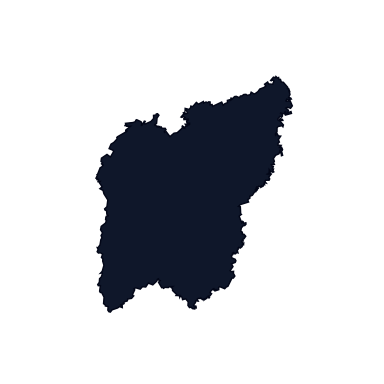 outline of Rangpur, Rangpur, Bangladesh, rotated 230°
{"feature_id": "16705992B34260815515495", "entity_name": "Rangpur", "entity_type": "district", "adm_level": 2, "iso_a3": "BGD", "parent_name": "Bangladesh", "parent_adm1": "Rangpur", "projection": "equal_earth", "projection_center": [89.232, 25.633], "detail": "fine", "context": "isolated", "style": "filled", "palette": "ink", "viewbox_px": 384, "rotation_deg": 230, "n_neighbors": 0, "source": "geoboundaries", "source_scale": "gbopen_adm2", "svg_char_len": 6104}
<svg xmlns="http://www.w3.org/2000/svg" viewBox="0 0 384 384"><g transform="rotate(230 192 192)"><path d="M207.0,331.7L208.9,332.4L209.9,331.5L210.6,332.6L217.3,332.5L218.8,331.1L221.4,332.1L222.2,331.0L224.0,331.9L224.2,330.8L226.5,330.5L225.9,329.5L227.6,328.2L226.9,324.0L226.3,324.2L226.0,325.7L224.5,326.3L222.6,323.1L225.6,320.1L227.6,320.6L227.9,316.9L225.7,316.7L225.8,314.4L227.3,310.1L226.5,307.1L226.7,304.1L227.1,302.6L230.4,301.5L229.1,299.1L230.6,296.4L232.1,296.1L233.4,294.3L233.5,292.0L234.4,290.8L233.8,288.9L236.8,287.4L237.7,286.0L237.5,282.9L238.8,282.3L238.2,281.3L237.4,281.7L237.6,279.9L238.5,280.0L239.4,278.0L237.6,276.6L238.5,274.0L238.4,271.7L241.8,272.5L244.3,262.9L246.1,263.6L247.2,261.9L249.3,263.7L250.3,262.8L250.5,261.2L251.9,260.6L252.6,258.1L254.0,258.8L255.1,253.4L257.8,252.9L256.9,247.5L258.5,246.3L257.5,245.2L257.1,242.9L260.4,240.5L258.5,238.8L258.2,240.2L255.2,239.3L255.6,237.9L257.9,237.2L258.1,236.3L256.4,236.5L257.0,235.2L256.5,231.8L255.7,232.2L255.2,234.0L253.5,234.6L253.4,232.8L252.6,232.4L250.3,235.9L249.5,235.4L249.9,233.5L248.4,232.7L246.3,234.4L245.3,233.5L245.6,231.6L246.3,232.9L248.2,230.4L246.4,230.2L246.1,228.0L248.7,227.1L248.2,226.3L246.0,226.8L247.2,225.6L246.9,218.7L248.6,216.0L248.6,210.7L254.7,211.0L255.3,209.2L256.2,209.7L256.4,212.1L258.0,212.4L259.9,210.0L261.6,210.2L261.7,209.2L262.9,209.4L263.4,207.8L264.4,208.2L264.7,207.0L266.6,207.2L266.9,206.4L267.7,206.8L267.4,209.0L271.1,212.7L272.1,216.0L274.1,215.9L274.7,214.8L274.1,213.9L275.4,211.8L273.0,209.9L272.4,205.9L274.2,199.6L275.2,199.4L276.2,201.5L276.9,201.0L275.1,196.5L275.5,196.0L277.1,197.8L278.6,198.1L282.9,196.1L283.1,195.2L282.3,193.7L283.1,191.5L287.3,185.2L286.4,184.8L285.7,182.7L285.7,185.2L284.3,184.3L281.9,187.2L282.0,181.1L281.5,180.6L280.5,181.3L280.4,180.6L282.2,170.4L282.1,169.5L281.1,169.3L280.6,167.4L280.2,163.9L280.7,160.8L278.5,156.4L275.0,158.2L273.4,158.1L271.2,152.0L275.4,151.0L276.1,144.4L273.9,142.0L271.9,142.3L271.7,140.8L269.8,141.2L269.2,138.8L269.6,137.3L266.3,131.2L266.3,130.3L265.5,130.1L264.3,127.4L262.7,128.5L263.2,127.7L262.7,127.2L261.8,128.4L260.4,126.7L259.2,128.3L259.1,127.1L253.7,126.5L253.7,123.6L250.4,124.9L247.2,123.4L240.0,122.4L235.4,117.4L235.2,114.2L234.2,113.8L232.5,114.5L229.7,112.5L228.0,112.7L227.6,112.1L228.5,110.9L228.0,109.8L226.3,108.0L225.2,108.2L223.8,105.8L224.0,100.4L221.8,97.7L218.1,97.2L217.1,94.4L214.7,93.5L214.1,91.6L210.7,87.7L209.6,83.9L210.2,83.8L210.3,83.7L208.3,83.1L207.2,81.0L205.4,81.1L204.3,82.8L201.8,83.6L200.1,80.6L198.0,80.7L196.5,79.2L192.5,77.5L188.9,72.2L188.6,69.8L187.9,71.1L187.1,71.0L185.2,67.9L185.0,65.5L182.4,63.0L181.7,60.3L180.5,60.0L179.1,61.6L175.4,57.5L174.0,57.2L173.0,58.2L167.9,57.0L163.3,52.5L161.2,53.0L160.4,52.4L158.1,54.1L155.6,51.6L153.7,51.4L152.5,52.3L153.1,55.1L151.0,60.5L150.8,62.9L148.3,64.3L150.3,65.8L150.8,64.7L151.5,64.9L150.2,67.7L150.4,68.4L151.1,68.2L151.3,69.7L150.2,72.4L151.3,74.1L149.4,77.3L149.9,80.5L150.8,80.1L151.9,80.9L153.9,85.2L155.2,85.4L154.8,87.3L150.9,89.9L151.3,93.2L149.0,95.5L150.3,100.0L146.1,102.3L146.4,107.8L147.4,109.4L147.1,110.3L146.6,109.6L144.7,110.6L144.3,108.3L138.2,107.3L137.6,108.2L136.5,108.3L136.4,109.9L134.0,112.5L134.0,113.8L132.1,116.3L132.3,114.7L130.6,115.0L129.0,113.8L123.3,114.4L123.0,113.3L120.8,115.7L119.3,115.0L120.1,116.4L117.7,116.7L115.6,115.6L114.2,118.5L110.3,118.5L107.7,116.0L105.1,115.8L104.3,117.3L102.4,117.4L100.7,118.9L101.4,119.5L100.5,120.7L102.0,121.6L103.7,120.2L104.4,120.5L105.1,123.6L106.3,124.9L104.5,126.6L106.5,127.0L106.6,128.2L105.1,130.0L105.2,130.7L102.9,130.8L102.1,133.0L101.5,132.1L101.1,135.1L101.7,135.3L101.5,136.7L99.9,136.9L100.0,137.6L101.6,137.8L100.9,139.0L101.5,141.6L103.2,141.2L104.0,142.4L104.2,145.7L103.5,145.9L104.4,147.0L103.0,146.4L102.4,147.0L102.6,145.8L101.5,146.0L100.0,149.7L101.7,151.0L101.7,152.4L96.9,154.9L97.2,157.2L96.7,158.9L100.4,167.3L99.5,168.4L100.1,170.8L103.1,171.4L104.5,172.8L105.8,170.8L107.3,170.7L108.5,175.4L111.6,176.1L110.3,179.8L111.1,181.4L112.7,181.8L115.8,180.2L118.0,181.3L117.8,182.6L118.6,183.2L118.0,184.0L119.2,184.0L119.1,184.8L116.7,185.7L117.0,187.4L115.9,188.1L118.2,189.1L118.5,190.6L119.5,191.5L119.6,192.3L118.1,192.8L118.0,195.3L119.3,196.7L118.4,197.5L119.4,198.5L119.5,197.5L120.2,198.4L122.0,197.9L122.5,198.8L121.7,199.8L123.0,200.3L122.8,201.8L123.6,204.7L126.2,204.6L127.3,203.5L128.9,204.7L130.7,204.2L132.7,206.6L133.3,209.2L132.4,211.0L132.7,212.7L133.8,213.4L134.8,211.5L136.2,212.0L136.4,210.5L137.3,211.5L137.8,210.7L142.8,212.4L143.3,213.1L143.1,215.4L144.1,215.3L149.6,219.5L151.1,218.4L151.3,221.0L148.0,228.9L150.3,229.7L150.1,232.4L151.6,233.5L150.7,236.2L151.8,239.8L151.3,241.1L153.5,242.1L151.6,242.2L151.6,243.0L152.3,244.2L153.3,242.9L154.7,245.4L153.5,244.2L152.2,244.4L152.2,245.2L153.4,245.4L153.6,246.8L152.2,247.5L152.1,248.8L151.3,248.0L150.8,250.4L151.8,251.9L151.0,252.3L152.7,253.5L151.3,254.5L153.2,254.6L153.7,255.9L151.5,258.7L152.1,259.9L154.1,260.4L154.8,264.3L156.0,263.8L156.5,261.6L157.4,261.1L156.9,264.6L157.9,264.2L159.6,265.6L157.1,265.6L155.1,266.7L154.9,267.6L156.5,267.8L157.2,269.1L158.0,268.3L159.5,271.2L159.5,269.8L162.0,270.4L160.3,272.8L162.0,273.2L162.6,274.8L165.3,275.8L166.4,279.7L165.4,283.1L166.2,284.7L164.3,285.2L162.3,283.9L161.9,285.0L165.2,286.6L167.1,285.9L168.4,288.6L166.5,287.7L166.0,288.0L166.4,288.7L168.6,289.3L169.8,287.8L170.4,290.2L172.7,287.9L174.1,289.4L174.1,291.0L176.6,291.8L177.8,295.8L179.4,294.2L182.1,294.7L181.7,292.5L182.2,292.6L183.2,293.7L183.6,295.9L186.4,298.3L186.9,300.0L184.9,303.6L183.6,303.6L184.6,305.1L189.6,305.0L189.7,306.0L188.5,307.6L189.5,307.9L191.5,306.7L191.0,304.5L192.2,304.2L192.9,304.9L193.4,308.0L191.7,308.7L192.1,310.2L194.0,311.2L196.1,310.2L192.2,313.2L193.7,314.4L193.5,315.5L191.0,313.5L191.2,312.4L188.3,318.7L190.0,319.5L191.3,316.1L192.6,318.4L195.9,317.9L195.6,319.6L192.8,321.3L193.5,324.2L198.8,325.8L200.7,322.7L201.5,322.5L202.2,324.4L201.1,324.9L199.4,327.8L200.5,328.0L202.3,326.8L203.8,329.8L207.6,331.5L207.0,331.7Z" fill="#0f172a" stroke="#020617" stroke-width="1.5"/></g></svg>